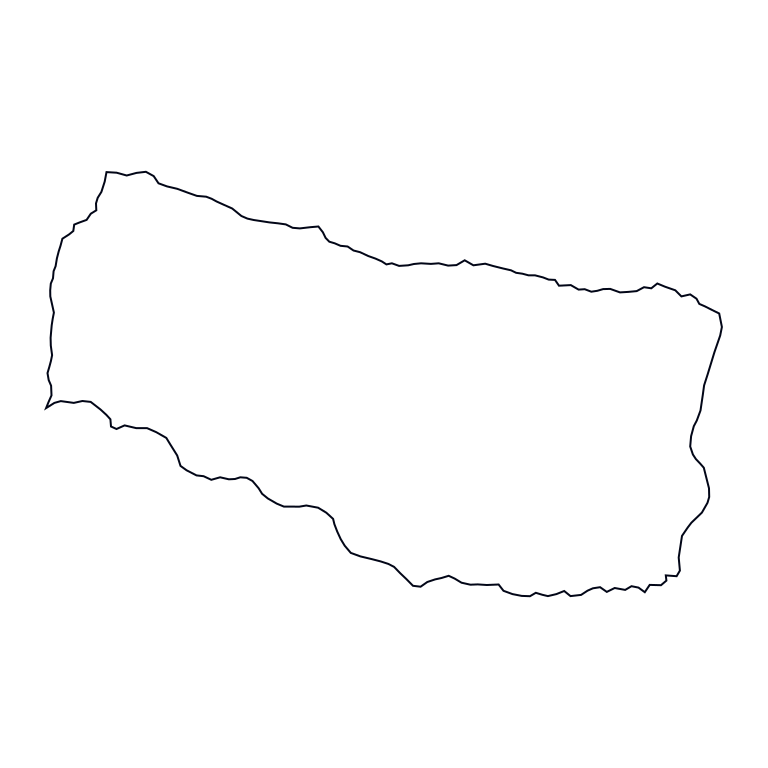 Taciba, São Paulo, Brazil (orthographic projection), rotated 270°
{"feature_id": "56859067B58101477098710", "entity_name": "Taciba", "entity_type": "district", "adm_level": 2, "iso_a3": "BRA", "parent_name": "Brazil", "parent_adm1": "São Paulo", "projection": "orthographic", "projection_center": [-51.338, -22.499], "detail": "fine", "context": "isolated", "style": "outline", "palette": "ink", "viewbox_px": 768, "rotation_deg": 270, "n_neighbors": 0, "source": "geoboundaries", "source_scale": "gbopen_adm2", "svg_char_len": 2934}
<svg xmlns="http://www.w3.org/2000/svg" viewBox="0 0 768 768"><g transform="rotate(270 384 384)"><path d="M182.2,413.0L181.3,420.6L186.0,427.3L188.6,435.1L190.0,441.5L192.2,448.7L189.4,454.7L185.3,461.5L183.3,470.4L183.6,477.7L183.0,486.8L183.5,498.6L177.2,503.5L173.9,512.5L172.1,521.7L171.8,530.0L175.2,535.8L173.2,542.4L171.9,547.9L173.9,556.4L177.0,564.2L171.9,570.5L173.1,581.1L177.3,587.5L179.7,592.9L180.8,600.1L176.1,606.8L180.0,614.7L178.1,625.2L181.8,631.5L180.4,638.5L175.8,644.8L183.1,649.7L182.8,661.0L187.4,666.4L192.6,665.8L191.8,676.6L197.4,679.9L210.5,678.7L232.1,682.0L240.6,687.8L245.3,691.4L255.4,701.9L265.2,707.5L271.0,709.2L279.7,709.0L300.3,703.8L304.5,700.1L308.9,695.9L313.5,692.9L321.5,690.2L331.8,691.1L341.8,693.8L347.5,696.8L357.5,700.5L373.1,702.8L382.6,704.1L393.8,707.7L415.7,714.4L432.5,720.2L441.0,721.9L454.5,719.2L458.1,711.9L461.6,705.0L464.1,699.3L469.3,696.5L473.6,690.2L471.6,681.4L477.7,675.3L481.3,665.0L484.5,657.3L479.7,651.3L480.8,644.0L476.9,636.7L476.1,628.2L475.6,620.0L479.1,610.2L478.9,603.1L477.2,597.3L476.3,591.3L478.8,584.7L478.4,578.6L482.9,570.8L482.3,559.0L488.1,555.0L488.4,548.7L490.6,543.0L492.7,534.9L492.7,528.4L494.3,522.4L495.2,516.1L497.7,511.0L499.5,503.1L502.0,493.1L504.3,485.2L502.7,473.4L507.7,464.7L502.9,456.5L502.4,448.1L504.7,438.7L504.1,430.9L504.7,421.1L504.0,413.9L502.7,408.2L502.1,399.1L504.7,391.9L503.6,386.4L506.6,381.8L509.4,375.5L512.0,368.2L515.8,360.1L517.5,353.5L521.5,347.6L522.2,340.5L524.7,334.7L526.3,329.3L530.1,325.6L535.7,322.9L541.5,318.4L540.8,310.3L539.6,299.9L540.2,292.6L543.6,285.8L544.7,277.9L545.6,269.4L546.9,261.0L548.0,253.7L549.4,247.4L552.0,241.4L559.5,232.2L563.1,224.1L566.5,216.6L569.2,211.7L571.3,206.2L572.1,196.9L575.2,188.1L579.2,177.2L581.6,167.0L584.7,158.5L591.9,153.7L596.2,145.9L595.1,136.5L592.5,126.7L595.3,116.6L595.9,106.5L586.4,104.7L576.1,101.4L570.2,97.7L564.6,96.0L557.7,96.3L554.3,90.8L548.1,86.6L545.6,79.7L543.4,74.2L537.0,73.3L533.6,69.1L529.3,62.4L522.2,60.5L516.6,58.7L509.6,56.9L501.8,55.6L496.8,53.6L489.7,53.0L484.4,50.8L477.7,50.2L471.6,50.3L462.6,52.3L455.4,53.9L449.2,52.7L442.7,51.7L436.0,51.1L430.2,50.6L422.4,50.8L412.8,52.1L406.9,50.9L401.0,49.3L394.9,47.5L387.9,48.7L382.3,51.1L372.6,51.5L365.6,48.4L359.9,46.1L365.1,54.4L366.9,60.8L365.1,73.8L367.0,82.4L366.1,90.7L358.5,100.5L353.0,106.5L348.7,110.4L341.5,111.0L339.0,116.5L342.6,124.6L339.9,136.1L339.9,147.0L335.9,156.1L330.1,166.3L323.7,170.2L312.5,177.2L302.1,180.5L297.7,186.6L292.6,196.5L291.8,203.6L288.2,211.3L290.7,220.1L288.7,228.9L289.0,235.0L290.7,240.3L290.2,246.7L287.0,252.5L279.8,258.6L274.2,262.1L269.5,267.9L264.4,276.7L261.4,283.9L261.4,292.7L261.3,299.1L262.5,306.3L260.3,318.1L255.3,326.3L249.1,333.1L243.8,334.4L236.5,337.2L228.9,340.7L222.3,344.7L215.1,350.8L211.6,360.4L208.9,371.7L206.6,380.6L204.1,388.3L201.1,394.1L194.9,400.1L189.0,406.3L182.2,413.0Z" fill="none" stroke="#020617" stroke-width="2"/></g></svg>